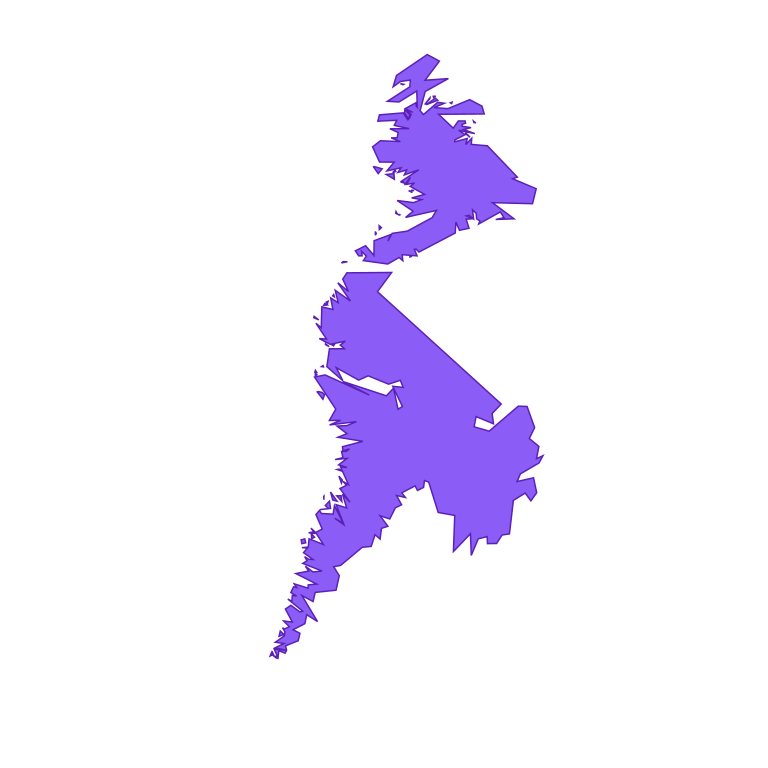 an SVG outline of Newfoundland and Labrador, rotated 221°
{"feature_id": "CAN-686", "entity_name": "Newfoundland and Labrador", "entity_type": "Province", "adm_level": 1, "iso_a3": "CAN", "parent_name": "Canada", "parent_adm1": "", "projection": "orthographic", "projection_center": [-58.847, 53.496], "detail": "fine", "context": "isolated", "style": "filled", "palette": "violet", "viewbox_px": 768, "rotation_deg": 221, "n_neighbors": 0, "source": "natural_earth", "source_scale": "10m", "svg_char_len": 6213}
<svg xmlns="http://www.w3.org/2000/svg" viewBox="0 0 768 768"><g transform="rotate(221 384 384)"><path d="M290.5,106.3L293.3,108.9L288.3,106.5L285.6,108.5L293.0,111.9L283.4,118.7L293.0,113.6L289.3,122.5L296.6,117.8L294.0,128.5L296.2,132.0L300.7,133.5L298.4,133.7L296.2,138.7L304.3,139.3L297.0,144.2L310.8,149.5L309.1,155.9L297.9,156.8L296.3,159.2L315.5,158.6L311.0,159.6L314.5,164.3L310.8,166.6L317.5,165.5L319.2,171.6L316.4,173.1L320.6,174.3L307.4,180.1L309.4,182.7L303.6,188.8L326.2,183.1L318.1,193.4L323.8,194.9L314.2,195.6L308.1,202.2L327.6,195.3L326.1,200.2L330.6,201.6L325.6,202.4L322.4,205.0L334.1,203.9L334.2,211.3L339.0,218.0L324.5,223.1L338.2,227.1L335.5,234.0L349.7,240.8L349.8,246.3L346.3,245.2L337.0,252.4L341.6,259.7L323.6,252.2L333.0,250.3L321.8,251.5L341.0,261.5L330.9,266.0L342.9,273.5L332.2,272.5L348.7,276.2L345.9,282.9L350.9,283.6L344.8,284.8L362.3,292.9L357.2,296.7L365.2,293.2L363.1,303.6L371.3,294.9L366.7,301.5L371.8,305.2L368.2,308.5L367.5,312.4L371.2,306.6L374.2,309.5L362.3,326.9L383.9,313.5L379.4,322.2L391.9,321.4L384.6,328.4L380.1,337.5L398.2,317.4L392.9,328.1L401.3,320.6L403.9,333.4L441.0,343.7L434.4,352.2L387.9,366.0L416.9,358.8L374.4,376.7L374.1,387.1L356.9,374.2L355.3,379.1L375.9,388.0L367.3,394.0L374.1,397.5L380.4,386.9L401.3,379.8L405.7,370.3L430.7,365.0L417.2,359.5L438.5,359.6L448.3,374.8L437.0,384.6L442.6,384.7L441.3,390.9L450.6,378.7L462.7,375.8L456.9,380.2L475.2,385.2L468.3,385.3L481.5,401.4L471.5,406.7L480.7,414.0L471.9,415.3L482.3,422.7L463.8,424.6L485.3,430.1L471.5,430.5L484.0,436.1L484.9,443.6L451.4,473.2L449.5,449.4L282.4,445.8L283.0,432.6L275.2,425.8L293.1,419.8L287.9,410.8L273.7,417.4L268.1,455.4L261.3,460.9L241.7,449.9L238.6,438.2L226.2,438.5L219.9,427.7L217.0,434.2L215.2,426.1L222.1,405.7L219.6,397.7L209.6,411.3L197.4,402.1L196.5,392.2L205.9,394.3L210.0,381.0L191.0,353.2L195.8,347.5L194.4,337.5L201.2,331.4L206.0,336.5L211.3,329.0L205.7,311.9L220.5,327.7L221.7,303.1L244.4,331.2L258.8,322.6L285.9,339.3L290.1,337.7L286.3,331.9L288.9,325.6L293.7,327.5L299.2,313.5L293.4,312.4L301.4,308.1L291.5,304.4L294.2,298.0L291.1,285.9L300.5,282.0L287.7,279.2L291.2,273.4L285.2,264.4L291.9,264.4L287.1,253.0L293.3,246.5L297.7,218.7L302.1,213.1L292.0,210.0L284.9,196.9L299.2,181.6L294.8,173.3L307.2,170.5L278.3,161.1L290.9,159.2L286.5,151.2L291.4,138.9L283.9,140.7L280.3,134.0L286.6,121.7L282.9,119.3L282.0,116.0L288.4,113.7L284.0,107.3L285.7,106.5L290.5,106.3ZM577.0,625.1L567.5,661.0L554.0,664.0L552.3,640.2L535.8,656.7L544.8,631.8L536.1,614.0L531.0,613.2L528.3,631.8L522.6,635.5L527.6,625.4L516.4,633.8L505.9,654.8L492.4,658.0L485.5,653.6L519.7,623.4L499.6,622.5L500.5,631.3L495.4,635.7L493.5,634.3L495.5,631.1L494.1,629.8L486.5,634.6L491.0,628.2L479.7,632.6L494.1,624.4L486.3,625.5L490.7,614.6L489.5,613.2L482.2,624.0L479.5,618.3L479.0,627.0L475.3,622.1L462.3,631.6L419.1,627.6L421.6,623.3L397.2,631.2L390.2,617.5L421.1,592.0L394.2,594.0L407.6,581.5L402.5,588.2L409.1,590.2L417.5,566.9L418.6,570.0L422.5,569.4L426.4,573.3L431.4,573.5L424.6,567.3L430.5,567.1L432.2,564.8L426.0,566.4L430.1,562.3L422.0,557.3L427.9,549.5L436.0,553.4L429.3,544.7L444.2,506.5L448.3,506.8L449.4,505.6L443.1,502.4L455.1,493.5L450.7,489.4L455.6,489.4L459.9,477.0L480.5,463.6L481.2,469.0L488.0,469.4L484.6,466.4L487.2,464.1L493.0,465.7L488.6,476.3L475.9,474.4L485.5,485.7L477.1,500.9L474.8,494.5L476.7,503.0L466.7,514.7L456.8,541.1L458.3,549.4L477.0,523.9L475.4,533.5L494.5,531.1L480.7,540.3L476.6,547.8L485.2,542.6L477.8,553.7L493.9,550.3L492.8,555.7L497.8,549.6L499.7,557.4L499.2,548.4L502.4,549.4L502.0,548.3L503.4,547.6L504.0,547.9L498.3,568.4L505.8,555.1L507.3,560.4L512.3,552.8L513.0,558.3L521.6,546.7L521.9,558.1L533.0,548.6L548.2,555.5L546.3,565.2L530.7,577.7L540.1,574.4L535.6,578.5L538.3,583.1L547.0,580.5L532.6,593.2L545.9,585.9L547.4,591.4L561.1,578.3L564.0,584.2L547.4,601.2L539.5,599.0L539.2,601.5L540.4,605.2L547.1,605.7L540.5,607.8L548.6,605.8L544.3,617.6L542.1,614.9L540.4,614.7L551.5,626.6L557.7,606.7L566.9,599.6L559.5,625.2L563.5,630.7L570.0,623.2L572.1,614.3L577.0,625.1ZM342.7,255.0L349.9,247.2L344.1,253.6L348.6,253.8L348.3,259.8L342.7,255.0ZM420.1,332.4L429.2,334.2L428.8,335.1L425.0,337.1L421.8,336.8L420.1,332.4ZM526.6,545.2L526.4,539.0L534.3,541.0L534.1,541.6L526.6,545.2ZM546.4,602.1L548.2,604.7L541.2,604.2L539.4,600.2L546.4,602.1ZM351.1,281.3L357.6,284.9L352.3,284.1L351.1,281.3ZM346.5,262.8L353.5,267.4L342.5,264.8L346.5,262.8ZM514.5,549.3L510.5,545.3L519.8,543.6L514.5,549.3ZM337.1,219.9L340.8,223.4L335.9,222.8L337.1,219.9ZM346.3,268.6L343.1,271.5L338.8,267.7L346.3,268.6ZM297.7,124.8L300.2,129.5L295.2,129.4L297.7,124.8ZM344.6,227.3L339.4,227.1L338.3,225.7L343.3,222.3L339.9,226.3L344.6,227.3ZM338.5,206.7L334.8,210.6L334.6,209.6L338.5,206.7ZM338.9,212.8L341.2,209.6L344.3,212.0L342.2,215.1L338.9,212.8ZM535.4,622.4L532.8,633.3L529.6,633.4L535.4,622.4ZM475.3,389.6L480.5,388.0L481.1,389.2L475.3,389.6ZM488.9,497.5L491.5,500.3L488.5,500.3L488.9,497.5ZM480.9,626.7L486.1,626.4L487.4,627.2L480.9,626.7ZM358.4,290.7L363.3,288.7L362.0,290.4L358.4,290.7ZM355.8,260.0L353.4,257.2L355.8,259.7L355.8,260.0ZM495.2,449.4L491.8,452.3L495.5,447.5L495.2,449.4ZM449.9,376.2L454.1,375.4L454.5,376.0L449.9,376.2ZM478.7,406.4L481.1,403.8L481.5,406.0L478.7,406.4ZM441.1,345.1L443.0,347.1L440.8,347.0L441.1,345.1ZM488.1,490.6L490.6,493.4L488.6,492.6L488.1,490.6ZM488.3,547.0L492.3,546.1L489.8,547.4L488.3,547.0ZM447.5,382.2L447.1,379.7L449.5,379.3L447.5,382.2ZM516.2,549.2L515.9,552.7L514.5,552.1L516.2,549.2ZM536.6,629.6L536.6,621.5L537.1,630.2L536.6,629.6ZM566.0,622.3L568.7,621.4L565.7,623.1L566.0,622.3ZM488.2,549.8L490.1,547.7L490.2,548.6L488.2,549.8ZM291.5,104.0L292.5,107.1L290.8,105.7L291.5,104.0ZM479.3,407.4L481.3,407.9L480.5,409.7L479.3,407.4ZM478.6,417.2L480.6,416.9L480.7,418.5L478.6,417.2ZM533.9,635.2L534.6,632.8L535.6,633.4L533.9,635.2ZM485.2,521.0L487.1,520.5L488.0,522.0L485.2,521.0ZM446.7,498.7L447.8,496.9L448.4,497.6L446.7,498.7ZM488.9,641.1L486.5,641.2L485.9,641.5L487.6,640.3L488.9,641.1ZM440.9,357.2L442.6,356.1L442.1,357.9L440.9,357.2ZM442.4,348.6L444.0,347.6L444.7,349.3L442.4,348.6ZM516.9,640.0L518.4,639.7L517.5,641.4L516.9,640.0ZM483.1,521.8L484.6,521.7L483.0,522.1L483.1,521.8Z" fill="#8b5cf6" stroke="#5b21b6" stroke-width="1.5"/></g></svg>